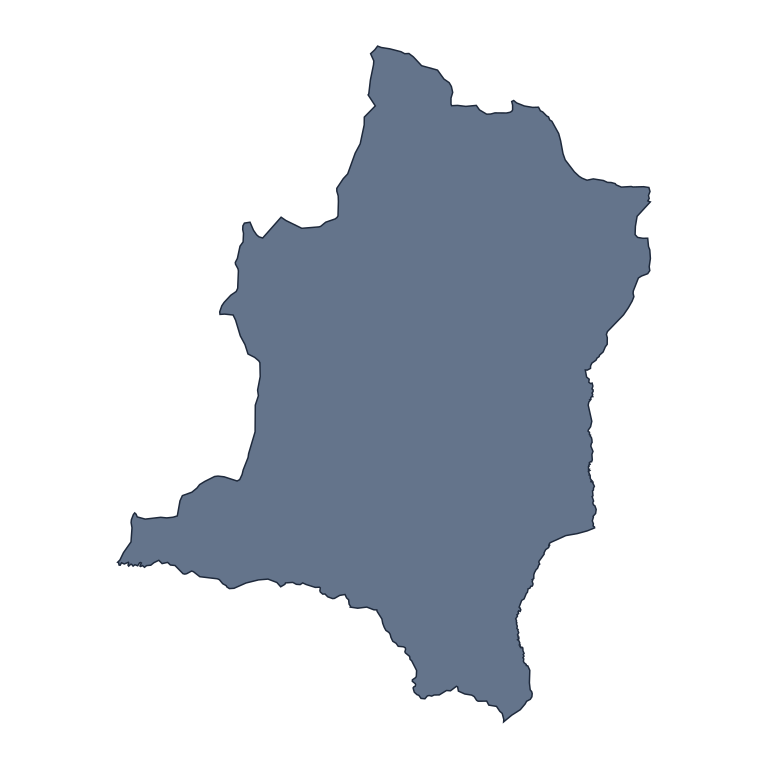 Mpwapwa, Dodoma, United Republic of Tanzania
{"feature_id": "72390352B74757309381442", "entity_name": "Mpwapwa", "entity_type": "district", "adm_level": 2, "iso_a3": "TZA", "parent_name": "United Republic of Tanzania", "parent_adm1": "Dodoma", "projection": "albers", "projection_center": [36.387, -6.763], "detail": "fine", "context": "isolated", "style": "filled", "palette": "slate", "viewbox_px": 768, "rotation_deg": 0, "n_neighbors": 0, "source": "geoboundaries", "source_scale": "gbopen_adm2", "svg_char_len": 6111}
<svg xmlns="http://www.w3.org/2000/svg" viewBox="0 0 768 768"><path d="M134.7,512.9L133.4,514.5L131.4,519.7L131.1,522.6L132.0,527.8L131.0,541.9L123.5,552.6L119.9,560.0L117.6,562.3L118.5,562.7L119.1,565.1L120.2,565.2L121.5,562.8L124.3,564.0L128.3,562.3L128.7,563.0L128.0,565.1L128.7,566.1L130.7,564.3L131.6,564.3L133.1,566.1L134.9,564.7L137.7,565.8L139.6,562.8L140.6,562.5L141.4,563.0L139.9,566.0L140.6,566.5L142.5,565.6L144.5,567.3L146.6,565.6L150.8,565.2L153.9,562.7L158.8,560.3L162.1,563.6L167.6,562.4L170.4,565.0L175.0,565.5L183.0,573.7L184.8,574.1L186.7,573.7L191.5,571.1L193.3,571.6L199.8,576.7L217.4,578.8L219.4,579.7L222.7,583.7L226.3,585.7L226.7,586.8L229.4,588.6L234.0,588.3L246.0,583.0L258.5,579.9L268.0,579.1L276.9,582.5L280.7,586.8L284.9,584.3L285.5,582.9L292.8,582.4L296.3,584.3L300.2,584.6L302.7,582.9L306.1,584.5L315.3,587.4L319.5,587.2L320.3,587.9L319.9,590.6L320.3,592.0L322.7,594.1L325.0,594.0L327.7,596.8L332.6,598.6L334.5,598.4L339.7,595.4L345.0,594.5L346.6,597.9L348.6,599.8L349.1,604.2L350.5,606.2L350.2,607.1L357.7,608.2L366.8,607.1L373.8,609.8L376.8,609.9L377.1,611.4L381.9,619.0L382.7,623.3L384.3,627.5L385.9,630.4L389.0,632.5L390.2,634.4L390.9,637.3L392.8,641.3L396.1,643.3L398.2,646.3L403.5,646.8L405.3,647.8L405.6,649.2L404.9,651.8L405.4,652.9L409.6,656.4L410.1,659.4L411.6,660.7L416.6,670.5L416.3,676.4L415.6,677.6L412.4,679.8L412.3,681.3L415.3,683.7L415.6,684.6L415.2,686.3L413.9,686.8L413.1,687.9L413.6,689.9L414.3,692.2L416.9,694.6L418.9,695.4L421.0,698.4L424.9,698.8L427.4,695.9L429.1,695.5L431.7,696.1L434.2,695.0L439.3,694.9L446.5,690.5L450.5,690.8L456.4,686.3L457.6,686.9L458.4,691.1L464.8,694.0L471.7,695.1L474.2,696.6L476.6,700.3L478.1,701.2L486.7,701.1L488.8,705.1L496.5,706.4L499.8,711.3L502.2,713.4L503.8,719.5L503.6,721.9L511.7,715.2L520.3,709.7L525.1,704.0L526.6,701.3L530.3,699.3L531.9,696.8L532.2,693.6L531.7,691.7L530.2,689.8L529.4,682.8L529.8,670.3L527.8,665.9L526.3,665.5L526.2,664.4L524.2,662.8L523.4,661.3L523.8,658.9L522.9,657.7L524.0,656.2L523.2,654.5L524.1,653.4L523.0,650.9L522.8,647.9L522.1,647.3L521.2,647.8L520.5,647.5L520.6,646.6L519.9,646.3L520.2,645.0L519.3,644.9L519.8,642.9L518.7,640.4L517.6,639.8L518.9,638.8L518.4,638.2L518.9,637.2L518.0,636.9L518.1,635.7L517.5,634.9L518.7,632.7L517.8,630.3L518.1,629.6L516.9,628.5L517.3,626.1L516.4,623.9L516.9,622.8L516.3,622.0L516.5,620.6L515.7,618.8L517.5,616.1L517.0,614.7L518.6,613.6L518.1,611.7L518.7,610.8L520.2,611.4L520.8,609.8L520.0,608.1L520.5,607.7L519.7,607.9L519.1,607.2L521.7,600.4L524.1,598.9L526.3,593.5L527.4,592.3L528.1,588.8L529.8,588.3L530.9,586.2L532.1,586.2L532.8,585.0L533.0,583.8L532.2,581.6L532.8,579.9L532.3,579.6L533.8,578.5L533.8,574.8L534.5,572.6L536.2,569.5L537.5,568.4L538.8,564.9L539.7,564.1L538.8,562.1L539.0,561.3L544.1,554.2L544.1,552.7L545.7,549.6L548.6,547.6L549.1,546.2L548.8,545.6L549.6,545.1L549.0,544.6L549.6,543.2L550.8,542.4L565.8,535.6L577.3,533.6L587.2,530.9L594.6,527.9L594.5,527.0L593.1,525.9L593.4,523.8L592.3,520.9L593.4,517.1L593.1,516.3L595.6,513.5L596.2,509.4L594.8,505.7L593.6,505.0L592.9,503.4L592.9,502.2L593.6,501.1L592.1,496.5L593.0,495.8L592.5,490.9L593.4,490.1L593.5,488.0L594.4,486.3L592.8,483.0L593.1,482.2L592.0,482.0L592.1,481.1L591.0,481.4L591.4,480.1L590.3,478.6L590.1,475.2L589.1,474.9L589.5,474.1L588.4,471.5L589.8,470.5L588.6,469.9L589.2,469.3L588.6,469.2L588.4,466.7L589.1,466.2L588.7,465.2L590.1,464.3L589.2,463.0L590.6,461.6L591.6,461.8L592.3,459.9L591.9,454.4L593.0,451.4L590.8,446.1L591.4,443.4L592.1,442.5L591.9,439.6L591.4,437.5L590.2,436.1L590.5,435.1L589.4,434.6L589.5,432.3L588.1,431.3L588.2,430.2L590.6,426.7L591.8,421.3L588.2,405.1L588.8,402.1L590.3,400.1L589.9,399.6L590.9,399.4L590.8,397.6L591.6,396.7L592.8,396.6L592.3,395.5L592.7,394.4L592.0,393.1L593.1,391.5L593.1,389.9L592.0,388.9L592.9,386.1L592.1,383.1L590.6,383.6L588.8,382.2L589.2,379.2L586.6,377.1L585.3,370.0L587.3,370.1L590.5,368.4L590.6,365.8L591.9,363.1L596.0,360.2L597.0,358.1L599.1,356.6L599.5,355.2L603.1,352.0L605.3,346.9L607.2,344.3L607.3,337.7L606.4,334.5L607.4,331.6L623.5,314.9L628.4,307.7L632.1,301.2L633.9,296.7L633.1,293.4L633.3,291.0L638.4,278.0L641.6,276.0L647.7,273.7L649.8,270.6L649.2,266.7L650.4,258.5L649.8,249.9L648.5,246.5L647.7,238.2L642.9,238.3L637.6,237.4L635.1,234.6L635.4,226.3L637.1,216.3L650.3,201.9L647.8,200.9L649.2,198.5L648.5,195.5L650.0,191.5L648.9,187.5L643.6,186.7L633.0,187.0L631.2,186.5L621.4,187.1L616.2,184.9L615.2,183.6L611.1,182.5L607.5,182.4L603.4,180.5L593.3,178.9L587.0,180.2L582.1,178.2L579.1,176.3L574.3,171.8L565.2,159.9L563.0,153.6L560.6,140.7L558.7,133.6L551.9,121.3L549.7,119.9L548.5,116.9L546.7,116.0L542.7,111.9L540.4,110.8L538.5,107.2L532.7,107.4L524.4,106.0L516.6,102.9L513.7,100.5L511.7,101.5L512.6,105.1L512.6,109.8L511.9,111.1L510.3,112.2L506.5,113.0L494.9,112.9L490.8,114.0L486.7,114.2L479.5,109.9L476.3,105.4L465.8,106.4L457.6,105.4L451.6,105.7L451.0,104.1L451.0,98.1L452.7,92.4L451.4,86.5L449.2,82.7L443.9,79.0L437.5,70.1L421.6,65.7L413.4,56.9L408.9,53.5L404.7,53.7L401.0,51.7L389.7,48.8L381.3,47.5L377.6,46.1L374.8,49.8L370.6,53.7L373.8,60.9L373.5,64.8L370.4,79.9L368.8,93.8L368.1,94.9L375.3,105.9L364.3,117.1L364.2,124.9L360.2,143.8L355.2,153.1L347.7,173.9L343.3,178.6L336.8,188.3L336.8,191.1L338.2,195.9L338.4,201.5L338.0,215.9L337.0,217.5L335.2,218.9L325.7,222.2L320.6,226.4L318.9,226.9L301.8,228.3L285.9,220.5L281.1,217.2L262.7,238.0L258.9,236.8L256.6,234.8L253.5,230.3L250.0,222.2L244.4,223.1L242.9,225.8L242.7,229.5L243.5,233.3L243.1,241.9L240.0,246.2L237.4,258.4L235.3,262.4L235.5,264.2L238.0,268.8L238.4,270.9L237.7,288.3L236.2,291.5L230.8,295.2L224.1,302.4L221.8,305.8L219.7,311.9L220.0,314.4L224.6,314.1L233.1,315.0L235.6,320.2L240.3,335.9L245.0,344.6L248.0,354.0L254.7,357.4L258.8,360.9L259.9,362.7L260.2,376.6L257.6,390.1L258.4,395.8L255.3,405.1L255.1,431.8L248.6,453.7L248.1,457.4L243.2,469.9L242.1,474.5L239.7,479.6L237.1,481.0L224.1,476.8L218.0,476.1L214.6,476.5L204.8,481.4L199.6,484.6L197.0,488.0L191.9,492.2L182.4,495.6L180.0,500.8L177.3,515.9L173.1,517.2L166.8,517.9L160.7,517.3L145.2,519.1L137.2,516.9L136.1,514.2L134.7,512.9Z" fill="#64748b" stroke="#1e293b" stroke-width="1.5"/></svg>